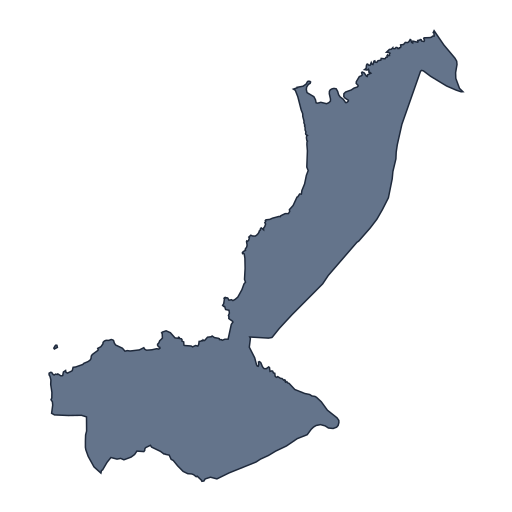 Stueng Hav, Kaôh Kong, Cambodia
{"feature_id": "14789045B13599773349639", "entity_name": "Stueng Hav", "entity_type": "district", "adm_level": 2, "iso_a3": "KHM", "parent_name": "Cambodia", "parent_adm1": "Kaôh Kong", "projection": "orthographic", "projection_center": [103.692, 10.797], "detail": "fine", "context": "isolated", "style": "filled", "palette": "slate", "viewbox_px": 512, "rotation_deg": 0, "n_neighbors": 0, "source": "geoboundaries", "source_scale": "gbopen_adm2", "svg_char_len": 5935}
<svg xmlns="http://www.w3.org/2000/svg" viewBox="0 0 512 512"><path d="M297.2,87.3L297.4,87.7L293.4,89.1L295.3,90.3L297.8,96.7L301.2,110.0L302.7,113.7L302.8,116.5L304.0,121.0L303.9,122.8L304.9,125.2L304.5,125.9L305.1,127.4L305.1,130.0L305.9,131.8L305.6,133.7L305.9,134.5L307.4,135.4L306.7,135.9L306.4,137.6L306.8,140.3L307.5,141.1L307.0,141.9L306.9,144.7L307.4,150.9L306.8,167.1L308.2,170.6L306.4,175.2L304.6,183.9L301.9,190.5L301.4,194.1L299.6,194.0L297.8,196.8L297.0,197.1L293.1,205.5L289.4,209.6L289.7,211.5L288.4,213.6L285.2,213.6L280.8,215.7L280.4,216.6L279.1,216.4L272.4,218.2L269.8,219.4L266.0,219.8L265.3,220.5L265.7,221.4L264.8,222.7L265.6,224.0L264.7,226.7L263.5,228.2L263.6,229.8L261.2,227.9L260.3,229.1L260.3,230.1L259.1,231.2L259.1,232.0L258.2,233.5L256.6,235.2L255.2,236.1L252.5,236.0L250.8,235.2L248.8,237.1L249.4,237.8L248.6,240.3L247.6,241.3L246.8,240.9L246.5,241.6L247.1,245.0L246.7,247.0L245.2,249.2L245.5,250.3L243.2,251.6L242.3,252.9L242.7,253.7L243.4,253.4L244.2,254.0L244.9,258.2L245.1,268.4L244.5,279.4L245.5,282.2L244.0,283.9L241.9,289.7L237.8,297.1L235.1,299.4L232.9,300.6L231.5,299.7L229.0,300.2L227.7,298.0L226.6,297.7L225.9,298.1L225.4,297.4L224.6,297.6L224.0,298.3L224.4,299.1L223.7,303.7L222.6,305.4L223.8,306.5L224.6,306.4L225.6,309.5L229.0,310.3L229.4,313.1L228.4,315.6L228.9,316.5L228.8,318.6L232.6,321.3L232.9,322.1L231.3,324.4L228.1,339.2L224.9,339.2L222.2,340.3L221.6,339.7L219.5,339.6L219.3,338.7L218.4,338.3L214.5,337.6L212.1,336.0L211.5,336.7L207.5,337.2L204.6,340.5L203.7,340.5L203.0,339.9L202.6,340.8L201.6,340.6L200.9,341.2L199.1,341.4L198.7,344.5L197.8,346.1L195.6,345.5L192.6,346.9L191.1,346.0L184.6,345.5L183.9,345.1L183.7,341.9L182.0,341.1L182.0,339.6L181.4,338.8L179.5,338.5L179.3,337.5L178.5,337.2L178.1,338.3L175.0,337.9L170.4,332.7L166.1,330.8L162.3,332.1L161.6,332.8L162.2,333.6L162.4,338.1L159.6,340.9L158.9,342.8L157.6,344.2L157.5,345.1L158.5,346.8L159.8,347.3L160.0,348.2L158.7,349.1L156.7,348.7L151.8,349.8L146.5,350.2L144.8,349.3L143.8,347.7L139.4,349.9L130.1,351.0L127.2,350.6L125.0,351.2L122.4,348.2L115.6,345.0L114.3,343.0L113.6,340.6L112.9,340.0L111.2,339.5L108.8,340.4L106.1,340.3L104.4,341.0L103.1,342.3L102.9,343.9L100.9,346.7L97.7,348.4L98.2,349.6L97.9,350.4L92.3,354.5L91.3,356.0L91.0,358.6L90.1,360.1L88.0,361.6L83.9,363.3L82.7,364.5L75.6,367.0L73.1,367.3L72.3,370.5L71.6,371.1L67.4,373.1L65.9,372.2L65.6,370.5L63.4,372.0L62.7,375.5L61.9,375.8L60.8,375.8L57.8,373.9L57.2,374.5L55.6,374.1L54.2,375.0L53.2,374.6L51.7,372.5L50.7,372.3L49.1,373.2L49.1,374.9L50.0,376.3L50.9,380.0L50.7,384.4L51.9,392.4L51.8,398.0L51.0,399.7L52.4,401.8L52.7,405.1L51.6,413.3L54.5,414.9L68.3,415.5L81.5,415.3L86.5,416.9L86.6,431.1L85.6,434.9L85.4,440.9L85.4,447.3L85.8,449.7L88.2,456.4L94.0,466.9L100.9,473.1L101.5,470.5L102.6,469.9L107.0,462.4L110.9,457.5L117.0,459.1L120.7,458.4L123.9,459.8L131.1,457.1L134.6,454.5L136.9,451.1L143.8,451.6L144.7,450.5L144.9,448.6L145.7,447.6L150.4,445.3L151.6,447.1L160.5,451.4L164.1,454.1L164.9,453.9L165.7,454.4L169.2,455.1L171.1,459.3L173.3,460.5L177.6,465.8L183.1,471.4L187.8,473.7L191.5,473.9L193.5,474.6L196.2,476.7L197.2,476.2L201.3,480.1L201.9,481.3L203.9,481.0L205.2,478.9L210.5,477.2L216.9,478.9L229.1,472.9L256.1,462.0L260.5,459.1L268.4,455.5L275.7,451.1L286.4,446.0L297.3,438.6L307.2,434.7L311.2,429.3L313.5,427.1L316.1,425.5L320.5,424.6L325.2,425.9L328.4,428.0L333.1,428.5L336.6,427.2L338.1,425.5L338.9,422.6L338.8,420.4L337.0,417.8L327.4,410.2L321.3,401.8L316.5,397.3L314.9,396.4L312.0,396.0L309.7,394.5L304.8,393.5L294.8,389.5L289.1,383.4L287.5,382.8L286.9,381.7L285.6,382.2L285.1,381.5L285.4,380.4L284.7,379.8L283.8,380.2L282.0,378.5L280.6,378.4L277.7,376.6L276.8,377.4L275.6,376.8L275.1,376.1L274.8,373.3L273.4,372.9L272.7,371.2L271.9,370.9L270.0,371.4L269.5,367.6L268.7,366.9L266.2,368.7L264.1,368.6L263.5,368.1L262.4,366.6L260.8,362.7L259.5,361.6L258.5,362.0L258.7,364.8L258.2,366.3L257.3,366.1L256.5,364.7L254.7,357.8L249.3,347.2L250.4,338.5L249.7,337.0L268.5,338.1L271.9,337.5L272.5,336.9L279.4,328.3L292.0,314.7L322.7,283.8L328.3,275.4L356.9,242.3L358.7,241.1L370.1,228.1L376.9,219.2L382.4,209.6L388.4,197.8L392.2,178.9L392.9,171.5L395.9,158.9L396.2,152.1L397.3,144.7L401.9,124.3L420.5,71.3L421.5,70.4L423.3,70.8L430.6,76.3L446.6,86.0L456.1,90.1L461.1,91.8L462.9,91.7L459.5,88.4L455.8,78.4L455.6,72.7L457.0,64.5L456.7,61.2L454.9,58.1L443.8,44.9L434.1,30.7L433.3,32.4L433.8,32.4L434.2,36.0L432.5,36.2L431.5,37.2L429.8,37.6L424.1,37.8L423.7,38.6L424.4,39.7L424.4,40.8L423.9,41.5L421.7,41.1L421.2,39.7L420.3,39.5L419.8,40.1L417.7,40.5L418.1,41.8L417.6,42.2L412.9,41.1L412.7,43.0L411.6,42.4L410.8,39.8L410.2,39.5L408.8,41.8L407.7,42.6L405.3,42.4L403.5,44.5L400.6,44.9L400.9,46.9L400.3,47.6L399.3,47.7L399.1,48.5L397.9,48.6L397.2,47.6L396.1,47.4L394.9,48.7L392.9,48.5L392.8,47.7L391.3,49.3L389.4,49.4L386.5,52.2L388.7,52.4L390.0,53.2L389.3,54.2L389.5,55.5L387.8,55.8L387.5,55.0L387.0,55.7L387.2,57.1L385.9,57.4L385.0,58.8L381.2,58.4L380.8,60.2L378.0,60.7L376.8,62.4L375.2,62.2L374.8,60.8L374.0,61.1L372.9,64.5L371.8,64.1L371.2,62.6L370.1,65.3L368.7,65.2L367.7,64.1L367.1,64.1L366.5,65.1L366.1,68.4L364.5,69.6L367.0,70.1L368.5,69.2L369.0,70.9L368.8,72.0L369.4,72.7L370.1,72.5L370.9,73.2L367.6,74.8L367.2,76.5L366.5,76.3L364.2,72.9L362.2,72.0L361.6,72.7L362.2,74.8L361.7,75.6L359.3,76.6L356.3,81.7L356.2,83.4L358.1,85.4L358.0,86.3L357.3,87.0L354.0,88.1L351.2,90.0L345.6,92.0L343.9,93.7L343.8,96.5L344.7,97.8L348.4,100.3L348.3,101.2L346.7,102.6L345.6,102.6L343.2,99.2L340.1,96.9L338.6,94.7L337.7,91.5L336.2,88.8L334.0,88.4L332.1,88.8L330.3,89.8L329.4,91.3L329.3,93.8L330.5,99.0L330.4,101.2L328.8,102.7L326.6,103.7L320.8,102.3L317.6,103.2L316.1,102.8L315.5,99.8L313.9,96.7L307.0,92.6L306.3,89.4L306.7,86.9L308.4,84.4L310.1,83.4L310.6,82.0L309.8,81.3L308.1,81.2L307.3,81.9L306.2,84.0L303.1,86.2L297.2,87.3ZM54.4,349.0L57.4,347.4L56.9,345.3L55.9,345.1L55.2,345.7L53.8,348.1L54.4,349.0Z" fill="#64748b" stroke="#1e293b" stroke-width="1.5"/></svg>